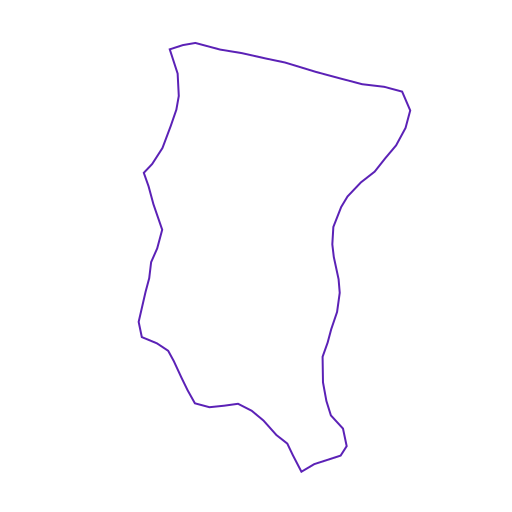 the district of Gastria, Cyprus, rotated 285°
{"feature_id": "46923920B84775184962851", "entity_name": "Gastria", "entity_type": "district", "adm_level": 2, "iso_a3": "CYP", "parent_name": "Cyprus", "parent_adm1": "", "projection": "equal_earth", "projection_center": [33.989, 35.335], "detail": "fine", "context": "isolated", "style": "outline", "palette": "violet", "viewbox_px": 512, "rotation_deg": 285, "n_neighbors": 0, "source": "geoboundaries", "source_scale": "gbopen_adm2", "svg_char_len": 983}
<svg xmlns="http://www.w3.org/2000/svg" viewBox="0 0 512 512"><g transform="rotate(285 256 256)"><path d="M433.3,119.2L411.9,133.1L390.6,140.0L376.7,141.2L359.6,140.0L336.1,137.7L318.0,131.9L307.3,126.1L295.5,134.2L279.5,143.5L257.1,158.6L237.8,158.6L222.9,156.3L206.9,158.6L193.0,158.6L162.0,159.7L148.1,166.7L146.0,182.9L141.7,195.7L133.2,203.8L119.3,215.4L108.6,224.7L97.9,235.1L97.9,240.5L97.9,250.2L103.2,264.1L108.6,276.9L105.4,291.9L99.0,305.8L88.3,322.1L82.9,334.8L73.3,343.0L59.4,355.7L70.1,366.2L85.1,389.4L95.8,392.8L111.8,384.7L121.4,369.6L134.2,361.5L151.3,353.4L175.9,346.4L190.8,347.6L204.7,347.6L222.9,348.8L242.1,346.4L254.9,341.8L275.2,331.4L287.0,326.7L304.1,323.2L325.4,325.6L337.2,329.0L354.3,338.3L368.2,348.8L384.2,355.7L399.1,362.7L418.4,367.3L436.5,367.3L452.6,354.6L452.6,336.0L449.4,314.0L449.3,290.8L449.3,266.4L450.4,233.9L449.3,214.2L448.3,189.9L446.1,167.9L446.1,142.3L440.8,130.8L433.3,119.2Z" fill="none" stroke="#5b21b6" stroke-width="2"/></g></svg>